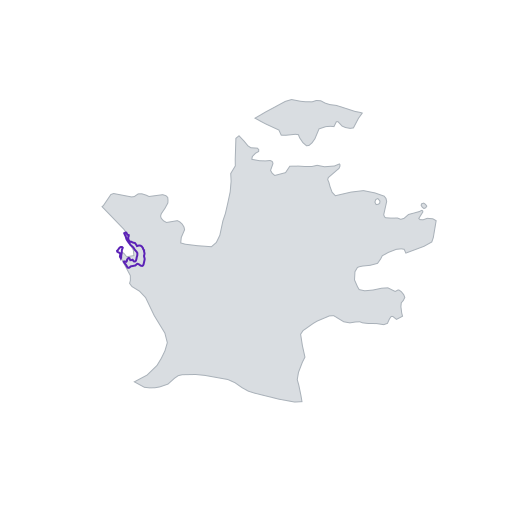 location of Lankaran District, Lankaran, Azerbaijan, rotated 138°
{"feature_id": "54616110B17009633679109", "entity_name": "Lankaran District", "entity_type": "district", "adm_level": 2, "iso_a3": "AZE", "parent_name": "Azerbaijan", "parent_adm1": "Lankaran", "projection": "equal_earth", "projection_center": [49.011, 39.075], "detail": "fine", "context": "in_parent", "style": "outline", "palette": "violet", "viewbox_px": 512, "rotation_deg": 138, "n_neighbors": 0, "source": "geoboundaries", "source_scale": "gbopen_adm2", "svg_char_len": 5084}
<svg xmlns="http://www.w3.org/2000/svg" viewBox="0 0 512 512"><g transform="rotate(138 256 256)"><path d="M337.4,395.7L335.6,395.6L322.7,398.8L320.0,397.7L309.0,383.2L306.7,381.6L302.0,381.0L299.2,378.6L296.9,374.7L295.7,371.8L284.3,364.0L282.6,361.1L282.4,358.6L284.1,356.3L286.0,354.4L291.6,352.4L298.1,350.8L300.2,349.5L301.2,347.5L301.2,344.1L300.1,340.8L290.8,334.9L289.8,332.3L289.5,329.1L290.1,325.8L291.5,323.3L299.1,319.8L303.2,316.1L300.7,312.1L292.6,302.8L282.9,292.7L276.4,292.6L269.0,295.6L257.0,304.3L250.4,308.0L241.7,314.1L232.3,320.9L224.5,328.2L219.6,334.2L211.1,336.8L206.7,341.8L192.2,356.9L188.2,356.7L188.0,349.2L188.3,343.3L187.4,339.9L182.8,335.2L182.8,333.2L184.1,331.9L187.6,332.7L192.2,332.4L194.4,330.6L189.6,324.4L185.3,320.3L181.6,317.5L180.8,315.8L180.8,314.7L181.6,313.3L187.9,309.9L188.6,306.8L188.2,303.3L178.3,298.2L170.8,300.1L164.2,294.3L159.9,289.9L154.6,285.1L149.9,282.5L145.4,276.5L137.5,270.4L132.4,268.6L132.5,267.7L133.5,266.6L135.6,265.6L149.8,265.9L151.6,264.8L152.5,262.1L154.5,258.2L156.8,252.5L156.7,247.7L142.6,239.9L132.4,232.7L125.4,223.3L120.7,214.7L120.9,211.8L122.4,209.1L133.5,201.2L134.3,199.1L134.1,197.7L130.2,193.7L125.4,189.5L123.9,186.4L120.8,184.9L114.9,184.8L104.6,179.6L102.4,179.1L101.9,178.1L102.5,177.1L109.9,175.0L109.8,173.3L107.6,171.1L103.5,169.4L99.7,165.3L98.5,161.7L112.0,151.0L116.0,148.8L124.7,150.8L142.7,157.9L141.4,161.8L143.2,164.1L147.3,167.1L155.2,170.1L162.0,171.7L165.4,170.4L170.6,169.2L177.4,172.7L183.5,177.2L186.6,179.0L188.3,179.6L193.0,178.1L198.8,172.3L201.1,165.4L201.8,162.0L198.5,157.4L191.8,152.4L184.2,148.0L179.3,144.1L176.3,136.5L173.1,135.7L172.4,134.7L171.9,132.1L172.1,128.4L173.2,125.6L176.3,124.4L179.4,124.0L182.3,121.3L185.9,116.1L187.4,113.2L194.0,114.9L194.8,119.6L196.0,120.6L198.8,120.0L203.4,118.0L207.0,119.5L211.6,125.1L218.0,131.0L221.5,135.0L222.9,137.7L226.2,140.4L231.0,143.5L234.8,148.4L238.2,159.7L241.6,162.4L254.1,166.7L258.5,167.6L270.9,169.1L275.2,168.0L281.6,158.2L287.3,148.1L292.7,146.0L302.3,141.1L308.1,136.5L310.5,131.6L316.0,122.2L319.3,117.0L325.0,121.6L334.8,134.3L348.8,155.0L352.2,160.8L354.5,167.6L356.4,175.9L359.6,183.1L373.9,201.5L380.1,208.3L390.2,217.1L393.8,219.1L398.5,219.7L407.1,219.7L415.1,223.1L419.1,225.6L423.2,229.1L426.8,233.1L430.6,243.9L416.7,240.4L402.8,240.9L394.9,243.3L387.2,246.4L379.9,250.9L375.3,259.7L371.5,279.9L365.9,298.9L366.1,307.7L368.6,316.2L368.3,320.2L365.7,321.9L362.5,325.5L358.1,343.0L356.0,346.5L353.2,348.7L352.4,346.6L352.6,342.0L346.5,338.0L343.2,342.5L341.0,352.2L336.5,362.3L336.3,364.3L337.4,395.7ZM131.6,216.5L132.3,213.8L130.5,212.6L128.7,212.5L127.1,213.9L127.0,217.2L129.2,217.8L131.6,216.5ZM84.4,295.5L82.3,292.7L81.4,291.1L87.6,289.8L97.9,286.0L100.7,287.9L103.6,291.7L105.1,295.0L105.2,301.0L106.5,302.0L111.5,300.0L113.7,302.4L117.5,305.4L124.1,308.3L133.8,303.7L138.6,302.6L142.6,302.7L144.7,304.1L145.3,308.8L144.5,314.6L143.3,317.8L145.3,320.1L153.1,325.8L156.4,328.9L154.7,334.3L160.4,347.6L162.3,352.7L164.5,359.1L152.5,356.6L130.8,351.3L124.9,348.5L119.3,341.1L116.0,337.5L111.1,333.0L107.1,331.2L104.0,328.0L102.3,323.3L99.8,319.1L95.5,314.1L85.7,297.2L84.4,295.5ZM99.4,183.1L98.1,184.0L96.0,183.1L95.5,181.0L95.7,178.8L97.7,178.3L99.4,178.9L99.8,180.9L99.4,183.1Z" fill="#d9dde1" stroke="#a8b0b8" stroke-width="1"/><path d="M335.3,335.2L335.4,335.5L335.2,336.7L334.7,337.5L334.7,338.2L334.5,339.3L334.6,340.0L334.8,340.7L335.2,341.4L335.9,342.1L336.4,342.4L337.2,342.7L337.8,343.0L337.6,343.6L337.5,344.5L337.4,345.3L337.3,346.0L337.3,346.7L337.9,347.5L338.4,348.2L338.8,349.0L339.0,349.9L339.6,350.3L340.0,351.0L340.0,351.7L340.0,352.9L339.7,353.8L339.2,354.5L338.3,355.5L337.2,356.0L336.6,356.7L337.2,357.6L337.1,359.1L336.7,360.1L337.1,360.7L338.7,361.1L339.2,359.7L339.5,358.5L340.2,356.7L340.8,355.7L341.2,354.3L341.4,352.7L341.6,351.4L341.7,349.6L341.9,348.1L341.7,346.8L341.5,345.3L341.5,344.0L341.9,342.0L341.9,339.9L341.9,339.1L342.2,337.6L343.0,336.7L343.7,336.0L344.6,335.4L345.5,334.9L346.2,334.3L347.3,333.5L348.2,333.0L348.9,332.8L349.6,332.9L350.3,333.5L350.4,334.6L350.2,335.3L350.2,335.8L351.5,336.4L352.2,337.0L351.8,338.4L351.5,339.1L352.0,339.8L353.0,339.9L354.5,339.4L355.1,338.8L356.2,338.5L357.1,339.7L357.8,340.3L358.2,340.2L358.3,339.3L358.5,338.2L358.5,337.1L358.7,335.5L359.0,334.6L359.1,333.1L358.4,332.3L357.5,332.1L356.0,332.1L355.2,331.6L353.9,330.8L352.6,330.1L352.0,329.7L351.1,329.7L349.5,329.7L349.2,329.4L348.8,328.6L348.5,327.8L348.3,326.6L348.0,325.7L347.1,324.7L346.2,324.6L345.2,325.0L344.2,325.7L343.2,326.4L342.1,327.2L341.1,327.9L340.3,328.9L339.9,329.8L339.2,331.0L338.2,331.6L337.2,332.4L336.7,333.2L336.2,334.2L335.4,335.1L335.3,335.2ZM358.0,344.7L357.2,345.1L356.8,345.6L356.2,346.2L355.4,346.9L354.2,347.8L353.3,348.6L352.4,349.5L351.6,350.3L350.5,350.8L349.5,351.3L349.5,352.2L350.3,353.1L351.4,353.4L352.8,353.3L354.1,352.9L355.1,352.8L355.8,352.8L356.2,352.1L356.1,351.9L355.9,350.9L355.3,349.7L355.4,348.8L355.8,347.9L356.6,347.4L357.6,346.5L357.8,345.7L357.9,345.0L358.0,344.7Z" fill="none" stroke="#5b21b6" stroke-width="2"/></g></svg>